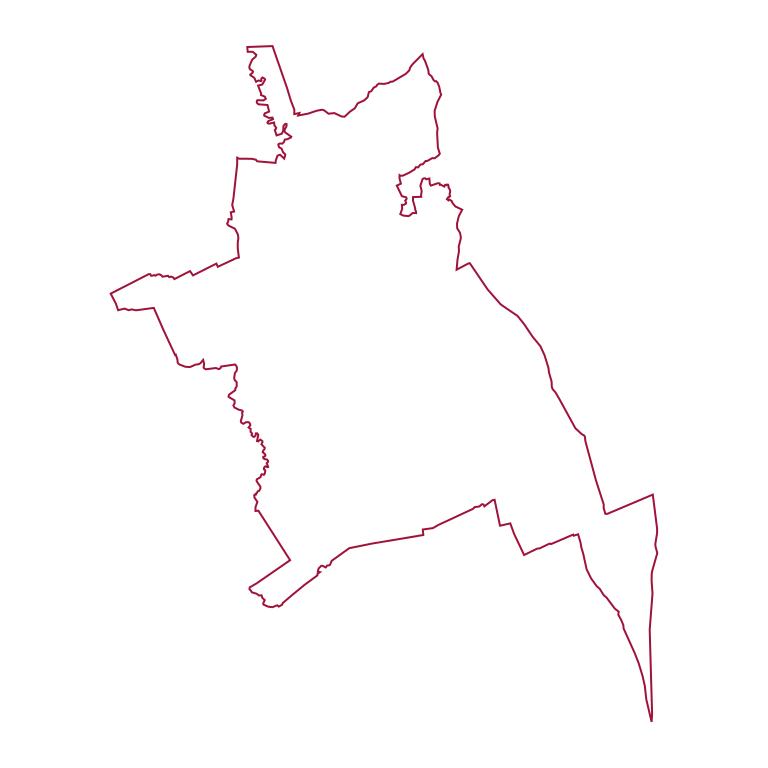 outline of Scheia, Iasi, Romania
{"feature_id": "2599482B98020878229832", "entity_name": "Scheia", "entity_type": "district", "adm_level": 2, "iso_a3": "ROU", "parent_name": "Romania", "parent_adm1": "Iasi", "projection": "mercator", "projection_center": [27.497, 46.938], "detail": "fine", "context": "isolated", "style": "outline", "palette": "rose", "viewbox_px": 768, "rotation_deg": 0, "n_neighbors": 0, "source": "geoboundaries", "source_scale": "gbopen_adm2", "svg_char_len": 6066}
<svg xmlns="http://www.w3.org/2000/svg" viewBox="0 0 768 768"><path d="M263.5,604.6L268.3,606.7L272.4,607.2L277.2,605.3L278.8,606.6L282.2,604.6L282.7,603.1L291.0,596.0L304.6,584.8L317.4,575.4L317.5,573.8L319.9,572.1L317.8,571.6L318.6,568.5L321.3,565.8L322.7,565.8L325.7,567.5L327.1,565.6L329.5,565.2L330.2,564.5L331.6,560.9L349.2,548.2L372.4,543.5L423.3,535.0L422.8,529.5L433.0,528.1L438.4,524.9L472.9,508.9L474.7,507.1L479.3,506.5L482.0,504.2L483.5,504.5L484.4,506.3L492.5,500.2L494.6,499.8L500.0,525.7L510.3,523.4L514.1,533.9L524.1,555.0L537.2,548.6L539.6,548.4L548.7,544.0L550.0,543.6L551.0,544.1L572.2,535.0L573.2,534.6L573.7,535.7L578.1,534.3L580.5,542.4L581.4,547.7L583.2,553.6L586.6,569.3L591.2,578.6L596.7,586.2L599.8,588.9L603.8,595.3L606.5,597.5L614.8,608.6L618.7,611.7L618.3,614.8L621.1,619.8L623.3,625.0L623.6,628.5L634.8,653.3L638.7,663.3L642.6,676.2L644.8,685.9L646.3,699.4L651.6,721.9L652.1,714.0L649.7,629.8L652.5,593.5L651.6,580.7L651.7,574.1L652.3,570.5L657.3,553.1L655.5,546.5L655.3,544.0L657.1,533.2L657.1,528.6L652.8,494.6L607.7,513.7L605.4,513.9L603.7,508.2L603.7,504.4L596.0,480.5L585.4,441.2L584.9,436.7L584.2,435.5L581.8,434.2L575.4,428.3L558.9,398.2L555.5,392.4L552.6,389.1L551.8,386.8L551.6,381.6L549.0,372.5L548.4,367.7L544.6,355.4L540.4,346.2L532.8,337.0L524.0,324.0L517.6,316.0L500.8,304.5L487.6,289.4L469.8,263.2L468.3,263.5L456.6,269.7L457.5,259.7L459.0,251.0L458.7,246.6L460.7,238.9L460.8,236.8L460.0,232.8L457.2,228.3L457.0,223.7L458.8,216.2L462.2,209.7L455.4,206.5L452.5,203.0L451.8,201.2L449.4,199.5L448.5,200.4L446.9,199.1L448.5,197.0L450.1,196.4L449.6,194.5L450.2,190.9L449.6,189.1L448.5,187.6L448.6,186.4L448.1,184.7L446.9,184.6L446.5,185.2L445.2,184.8L444.3,186.6L441.0,184.8L439.9,184.9L439.6,183.4L437.9,183.2L430.9,185.6L429.8,183.8L429.4,178.5L426.2,179.3L425.4,178.4L424.1,178.3L422.6,179.0L420.4,185.7L421.7,191.1L421.0,195.8L421.2,196.8L413.0,197.1L413.0,200.6L415.2,208.4L415.2,209.8L416.2,212.0L416.1,213.1L412.7,213.0L409.6,215.6L408.3,216.1L403.3,215.6L400.3,214.1L402.2,208.8L401.9,204.8L403.8,204.9L406.0,203.5L406.1,202.7L405.2,200.6L406.5,199.1L406.6,198.3L406.1,197.3L401.9,196.2L396.8,185.6L400.9,183.7L399.5,178.4L399.6,175.2L400.4,175.8L403.0,175.6L409.2,172.7L414.6,169.4L415.9,167.1L418.1,167.4L420.4,164.6L422.8,164.2L425.6,161.0L427.2,161.0L432.3,158.1L434.6,158.3L438.5,155.4L439.8,153.7L437.9,147.7L437.1,132.9L437.6,128.4L434.8,116.5L434.6,110.9L437.5,101.8L441.2,94.6L440.5,93.1L439.2,86.7L437.6,82.7L436.2,81.2L435.1,81.4L433.5,80.0L431.6,76.3L428.8,74.0L428.2,69.6L424.9,60.6L423.6,58.5L422.6,54.1L412.4,64.4L410.2,67.5L409.2,70.5L405.7,73.9L392.7,81.6L390.6,81.7L388.5,83.0L384.0,83.9L378.9,83.6L377.2,84.8L376.2,86.4L373.7,87.6L371.3,91.2L368.9,92.1L367.8,96.7L367.0,97.9L364.0,100.5L357.7,103.3L354.8,108.3L349.9,111.7L344.6,116.7L341.7,116.5L334.4,113.1L328.5,113.7L324.2,110.4L322.2,109.7L316.5,110.8L307.9,113.7L298.2,115.5L299.4,113.0L294.3,114.1L294.3,109.5L290.9,100.8L287.0,87.9L272.5,46.1L247.3,47.0L247.7,51.8L252.7,51.8L256.3,54.8L255.7,56.6L252.2,59.7L249.6,65.6L249.3,67.5L249.8,69.1L252.7,71.0L253.0,71.7L252.5,72.9L250.3,74.5L250.5,75.3L254.3,77.8L256.1,81.8L258.5,80.5L261.1,81.1L261.5,80.5L261.2,79.0L261.6,78.2L262.6,77.5L264.6,78.7L265.1,79.6L262.3,84.5L258.1,85.6L261.0,93.2L261.0,95.0L264.9,96.7L265.8,98.8L263.5,100.4L257.5,100.2L256.9,100.8L256.8,102.7L258.4,104.3L267.5,105.0L269.1,111.6L264.9,113.3L264.1,114.9L264.3,115.7L268.9,117.9L272.5,117.6L273.0,119.2L268.3,121.1L267.4,122.6L267.8,123.3L269.2,123.7L274.1,122.5L274.4,125.4L276.2,127.7L276.0,128.7L274.8,130.0L276.6,135.4L281.8,133.7L283.2,130.7L283.5,125.8L285.0,124.1L286.0,123.8L286.6,124.1L286.5,126.2L284.6,129.8L284.4,131.3L285.4,132.6L291.3,136.7L290.9,137.5L287.3,139.2L284.8,139.6L284.0,141.9L282.4,143.6L279.7,143.5L278.5,144.2L278.3,144.9L279.1,147.3L281.6,148.7L283.0,152.2L285.2,154.3L285.3,154.9L284.2,158.6L280.0,154.7L277.5,155.7L275.8,160.4L275.5,162.9L257.1,161.3L255.9,159.7L251.8,158.8L239.2,158.7L237.2,157.7L237.2,164.3L233.4,198.7L232.2,205.0L234.1,211.5L230.8,212.3L231.7,217.9L231.5,219.4L228.5,219.1L228.1,221.9L227.1,223.7L228.4,225.5L234.9,228.7L237.8,234.3L238.4,238.1L237.8,242.0L237.7,247.9L238.9,257.6L236.1,258.2L217.8,266.8L216.4,263.6L193.0,275.4L190.0,271.1L174.4,279.1L173.5,277.6L171.1,276.6L169.2,277.1L168.0,275.8L162.5,276.7L161.1,275.1L159.4,274.3L157.2,274.6L155.4,275.7L154.4,275.1L151.7,275.8L151.0,275.7L150.3,274.2L148.8,274.1L110.7,293.6L116.0,303.9L118.1,310.2L124.6,308.6L128.7,310.2L131.6,309.4L136.0,310.3L153.8,307.9L163.8,330.8L175.1,355.0L175.8,354.7L177.5,359.9L177.6,362.3L178.4,363.7L179.7,364.6L185.1,366.7L189.9,367.1L195.6,364.6L198.5,364.3L200.6,363.1L203.1,359.9L204.2,364.0L203.6,367.3L204.0,368.2L205.7,369.3L215.9,368.0L218.7,369.1L220.4,368.3L221.2,366.5L235.1,364.5L236.5,366.3L236.9,367.5L236.9,369.5L236.6,370.8L235.0,372.9L234.2,377.6L234.5,379.7L236.7,382.3L236.7,386.3L235.3,388.7L235.3,390.2L229.5,394.3L228.8,395.1L228.6,396.9L234.5,400.4L234.7,403.1L233.4,405.4L234.4,407.5L238.8,409.7L241.8,410.4L242.8,411.4L242.1,412.8L242.5,415.1L240.8,421.2L241.3,422.6L243.3,423.8L246.1,422.2L248.7,422.2L249.7,423.2L250.4,425.1L248.6,427.5L250.6,428.8L250.6,431.8L252.1,433.5L251.5,435.1L253.3,436.8L254.1,436.9L255.5,435.7L255.9,433.4L257.1,433.3L258.3,434.9L257.0,441.1L258.3,441.4L260.3,439.6L262.3,441.0L262.5,442.1L261.4,444.3L264.8,447.8L264.4,449.3L263.2,450.6L262.7,452.2L265.0,454.1L265.4,455.3L264.9,456.3L263.3,456.8L263.2,457.9L264.4,459.0L267.1,459.6L268.1,461.0L268.1,461.8L266.7,463.2L268.2,466.9L267.5,467.2L265.3,466.3L264.0,467.8L263.9,469.3L265.0,469.9L265.3,471.0L264.6,474.0L263.9,474.8L261.9,474.2L261.1,475.0L260.5,477.2L256.9,479.3L256.5,480.3L256.8,481.4L260.4,486.7L260.4,488.5L259.1,490.9L257.7,491.3L256.9,493.0L255.6,493.9L255.9,494.6L254.2,495.2L254.5,497.6L257.4,501.9L255.5,507.1L255.5,511.0L258.4,510.7L290.1,560.2L256.7,583.3L249.7,587.4L249.5,589.3L251.0,590.7L251.8,592.3L256.5,593.7L259.0,595.5L261.6,595.3L262.3,597.8L264.7,600.1L263.2,603.4L263.5,604.6Z" fill="none" stroke="#9f1239" stroke-width="2"/></svg>